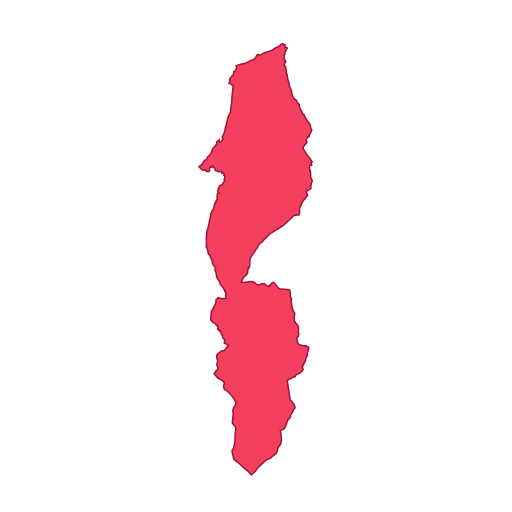 the district of Paipa, Boyacá, Colombia, rotated 196°
{"feature_id": "7082276B8321957646426", "entity_name": "Paipa", "entity_type": "district", "adm_level": 2, "iso_a3": "COL", "parent_name": "Colombia", "parent_adm1": "Boyacá", "projection": "equal_earth", "projection_center": [-73.118, 5.831], "detail": "fine", "context": "isolated", "style": "filled", "palette": "rose", "viewbox_px": 512, "rotation_deg": 196, "n_neighbors": 0, "source": "geoboundaries", "source_scale": "gbopen_adm2", "svg_char_len": 6132}
<svg xmlns="http://www.w3.org/2000/svg" viewBox="0 0 512 512"><g transform="rotate(196 256 256)"><path d="M221.6,55.1L220.0,53.9L213.3,51.2L210.3,49.5L203.4,46.5L201.8,45.2L200.4,44.4L199.9,44.5L197.1,49.2L195.9,53.0L189.8,63.0L186.4,65.5L185.3,67.6L182.4,71.3L181.8,74.2L182.0,76.8L181.8,78.3L180.5,81.9L180.5,83.3L180.9,86.5L183.4,92.9L184.3,94.2L184.3,94.7L184.1,95.2L181.6,97.3L181.2,98.2L180.5,101.4L180.4,105.4L180.1,107.1L178.8,109.9L178.6,111.0L178.9,112.6L177.9,115.8L177.5,119.0L176.6,120.7L177.0,121.8L178.3,123.5L180.2,125.1L182.8,126.9L183.4,126.9L191.6,144.8L191.3,145.5L186.8,149.8L185.1,150.8L185.1,151.9L184.5,153.0L181.6,155.6L179.8,158.3L179.4,160.1L180.1,160.8L180.9,162.5L179.7,167.9L179.8,172.0L179.3,174.6L179.9,177.6L179.8,181.8L180.1,182.7L183.2,183.6L186.1,182.6L190.5,182.8L191.6,183.6L192.6,185.0L194.0,187.5L194.1,188.9L193.1,190.5L193.3,192.3L193.6,193.4L194.5,194.7L194.8,197.1L196.0,200.1L197.1,201.2L199.1,202.3L201.3,204.4L202.0,206.1L202.8,209.8L202.8,211.3L203.1,211.8L205.8,214.3L207.2,216.8L209.7,222.1L210.2,224.7L212.0,227.0L213.8,232.1L214.4,232.5L215.5,232.6L221.3,231.5L223.3,230.8L226.1,231.6L230.8,235.0L232.4,235.4L232.9,235.0L234.6,231.4L236.6,230.0L237.5,230.2L239.1,231.3L240.9,231.6L242.4,231.2L243.5,230.5L244.3,229.3L245.1,228.8L247.8,228.9L250.6,230.4L252.9,230.4L260.7,227.1L263.1,226.8L262.7,228.0L262.5,230.3L261.8,232.9L260.3,234.6L259.5,236.9L259.5,238.1L260.1,241.2L259.3,243.1L259.3,244.2L260.9,251.9L260.0,255.6L257.1,264.3L256.9,266.0L256.3,268.2L253.7,271.8L252.6,274.3L250.6,277.6L249.0,280.9L238.1,292.9L235.1,298.2L233.7,300.1L231.0,305.0L230.2,305.8L229.0,305.9L228.0,306.9L226.2,307.1L225.9,309.5L226.8,311.9L227.2,314.8L226.7,316.8L226.7,318.8L226.1,321.4L225.4,323.3L224.5,324.7L224.2,326.2L223.6,327.0L223.1,328.5L225.5,331.7L224.0,333.8L221.9,335.7L222.8,339.9L222.6,343.5L222.9,344.3L223.9,345.2L225.3,347.3L226.4,350.9L227.5,353.1L227.8,352.8L229.2,356.4L229.4,357.5L229.2,358.1L227.6,358.4L227.5,358.9L228.7,360.4L227.9,361.9L231.8,365.3L234.2,366.7L240.6,372.5L240.0,376.2L239.2,377.2L238.4,379.2L238.3,379.5L239.7,380.8L239.5,383.4L239.3,384.6L237.9,385.0L238.1,387.6L237.3,390.0L237.2,392.8L237.9,393.0L240.8,397.9L245.6,401.2L245.6,401.8L246.8,402.7L248.5,404.8L250.5,405.8L252.9,408.7L253.8,409.3L255.8,412.1L256.1,413.3L256.7,414.0L258.0,414.4L260.2,416.9L262.6,417.5L264.9,419.8L268.3,425.7L270.3,428.0L273.2,433.4L274.2,434.5L274.4,435.7L275.0,436.2L275.4,437.0L276.2,439.2L277.1,440.0L278.2,443.0L278.9,443.9L279.5,446.1L280.3,446.5L280.9,446.1L281.6,447.3L281.6,448.7L280.9,450.7L281.1,451.0L281.9,451.2L281.7,451.9L281.9,452.2L282.2,452.2L283.1,453.4L283.8,453.7L283.7,455.0L284.2,456.7L283.9,457.7L284.4,460.0L283.8,461.4L283.8,463.2L283.0,465.1L283.9,464.3L284.7,464.9L285.3,464.5L286.0,465.2L286.0,466.9L286.6,467.0L287.6,466.6L288.7,467.6L290.7,465.8L291.1,464.7L291.5,464.1L295.3,460.8L296.8,458.5L302.1,454.7L303.2,454.3L305.6,452.1L307.2,450.1L310.1,450.2L310.8,448.3L311.3,445.8L312.9,443.6L314.8,442.6L318.8,438.6L323.5,436.2L326.2,434.3L327.5,433.1L327.0,432.9L326.4,431.8L326.5,430.2L327.0,429.2L327.3,427.4L328.2,426.9L327.7,423.9L328.8,422.4L329.2,420.7L330.0,419.5L330.1,419.1L329.2,416.9L329.5,416.5L329.7,414.7L324.9,413.6L322.8,401.6L321.6,396.7L321.0,391.6L320.2,387.0L320.2,385.7L321.0,383.3L321.0,382.2L321.1,379.0L320.7,373.4L320.9,372.2L320.5,366.8L320.8,363.0L321.3,361.6L321.0,360.9L321.1,360.5L319.8,359.6L321.4,355.6L322.6,355.5L323.0,356.1L323.5,357.5L324.7,355.7L324.9,354.8L325.1,354.8L324.8,352.4L325.8,349.8L327.0,347.7L327.8,341.2L329.7,338.1L329.9,336.1L330.7,334.6L332.0,333.4L333.3,328.8L335.4,326.3L334.5,325.5L331.0,323.8L330.3,323.8L328.3,325.1L327.3,323.7L325.7,323.7L324.8,324.2L324.1,325.3L324.9,326.8L324.6,329.0L324.2,329.2L323.5,328.9L322.4,330.6L322.0,329.8L321.4,329.3L319.4,329.0L319.0,327.3L318.5,326.9L316.7,327.3L315.4,326.5L313.5,327.5L312.5,327.6L312.0,326.7L311.8,327.5L311.5,327.5L310.7,326.4L309.5,326.3L309.2,325.7L309.3,324.9L308.4,324.4L307.6,323.5L307.7,321.0L307.1,320.1L307.0,319.3L307.9,316.7L308.1,315.2L310.4,313.6L310.2,312.2L310.7,310.7L310.6,308.0L309.9,306.8L308.9,306.8L309.0,306.1L309.8,305.9L310.3,305.0L310.0,304.7L309.9,302.2L309.3,301.4L309.2,300.5L308.8,300.6L308.7,300.1L309.6,297.4L309.7,296.5L309.5,296.1L310.0,295.6L309.9,294.5L310.2,294.1L309.7,292.4L310.0,291.4L309.7,290.1L310.4,288.0L311.1,283.8L310.6,282.3L310.7,281.1L310.4,280.8L310.5,276.8L310.2,275.7L309.9,270.3L310.0,266.1L309.5,263.1L309.0,262.4L308.8,259.5L307.4,255.8L307.4,254.8L306.8,254.1L306.6,252.5L306.8,251.9L306.2,250.7L305.3,250.1L303.4,247.2L303.0,246.0L302.3,245.0L301.8,244.5L301.2,244.4L300.6,243.6L299.9,243.5L299.4,242.0L297.0,239.9L295.8,236.8L291.6,233.2L291.4,230.8L289.3,228.2L288.9,226.8L288.3,225.9L288.1,225.0L287.5,224.6L286.9,223.4L285.1,222.5L284.6,221.7L284.0,221.5L283.7,220.5L282.9,219.8L282.3,218.7L279.7,217.2L277.1,214.7L275.7,212.9L274.8,212.4L274.0,208.9L272.8,207.4L273.3,206.9L276.1,205.8L281.2,205.3L281.6,203.9L282.4,202.6L281.8,201.0L282.0,197.7L283.7,189.9L283.1,188.0L282.6,184.9L282.2,184.0L282.1,182.3L279.8,180.6L275.9,179.5L275.0,178.5L273.9,178.4L273.5,177.6L272.8,177.2L272.5,176.1L272.8,175.7L272.5,175.1L271.6,174.4L270.9,174.8L270.1,173.6L269.5,173.8L269.1,173.5L268.3,172.0L267.1,170.8L266.4,170.8L266.0,169.5L265.0,168.1L264.1,167.6L263.8,167.1L263.2,167.0L262.5,165.5L262.6,163.6L261.6,163.2L259.3,163.3L259.0,162.6L258.6,162.6L258.6,162.4L257.9,161.9L258.5,161.4L258.4,160.8L259.3,159.6L259.7,157.9L260.3,157.2L260.5,156.4L261.5,155.7L262.7,155.4L263.9,154.4L264.2,153.4L265.5,152.0L266.0,151.1L266.3,149.5L266.1,148.2L263.8,144.2L263.8,140.4L262.6,139.5L261.7,138.0L261.7,136.0L262.8,134.8L262.8,134.1L263.9,131.3L259.0,128.1L257.7,127.7L255.4,127.5L252.6,126.4L251.6,125.3L251.3,124.2L251.3,122.0L250.3,119.9L249.4,119.0L247.0,118.5L242.5,116.1L239.3,113.9L236.8,111.8L235.5,110.3L234.7,108.7L234.6,107.4L235.6,103.9L235.8,102.2L235.5,100.4L234.3,97.8L232.9,89.3L232.3,88.5L228.8,86.1L227.9,84.4L227.1,79.9L225.2,72.3L224.9,70.2L224.8,66.8L224.6,65.6L225.3,62.4L225.0,61.1L221.6,55.1Z" fill="#f43f5e" stroke="#9f1239" stroke-width="1.5"/></g></svg>